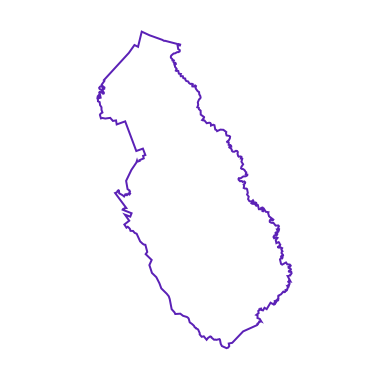 the district of Manawatu District, Manawatu-Wanganui, New Zealand, rotated 111°
{"feature_id": "76426892B10896556014", "entity_name": "Manawatu District", "entity_type": "district", "adm_level": 2, "iso_a3": "NZL", "parent_name": "New Zealand", "parent_adm1": "Manawatu-Wanganui", "projection": "mercator", "projection_center": [175.693, -40.12], "detail": "fine", "context": "isolated", "style": "outline", "palette": "violet", "viewbox_px": 384, "rotation_deg": 111, "n_neighbors": 0, "source": "geoboundaries", "source_scale": "gbopen_adm2", "svg_char_len": 5949}
<svg xmlns="http://www.w3.org/2000/svg" viewBox="0 0 384 384"><g transform="rotate(111 192 192)"><path d="M322.5,102.0L320.3,103.4L318.4,100.4L303.8,94.3L293.0,83.6L292.2,83.7L291.9,83.2L291.3,83.6L289.6,82.5L289.0,82.8L288.7,82.1L287.8,82.1L287.9,81.1L286.2,83.3L286.2,85.7L283.7,86.6L283.7,87.9L281.2,86.4L279.3,87.5L278.0,86.7L277.5,87.0L277.1,86.1L276.5,86.4L276.2,85.9L276.7,85.8L276.7,85.3L277.3,84.9L277.1,83.3L274.1,82.8L274.6,80.3L267.2,79.0L267.8,75.2L267.2,74.6L266.4,75.4L265.8,74.8L265.8,74.3L265.2,74.1L264.9,75.2L264.2,75.7L263.3,74.7L263.5,73.9L262.5,73.0L262.1,73.7L261.2,73.0L260.7,73.1L260.8,73.5L260.2,73.3L259.0,74.0L258.4,73.8L257.8,74.2L255.6,72.2L252.3,71.1L252.0,70.5L252.4,69.9L252.1,69.4L250.8,69.2L250.7,68.8L249.7,68.2L249.2,68.2L249.2,68.7L248.8,68.3L246.9,68.2L246.6,68.5L246.3,68.2L246.0,68.6L246.0,68.2L245.5,68.1L245.2,68.8L244.7,68.1L244.1,68.5L243.8,68.0L242.7,68.0L241.8,68.7L241.8,69.4L241.2,70.0L240.9,69.8L241.1,68.9L240.2,69.4L240.1,68.1L236.2,72.6L235.8,71.7L234.7,70.9L234.6,70.4L233.7,70.6L233.2,70.1L232.2,69.9L231.0,70.7L231.7,72.7L231.3,73.2L230.6,73.1L229.6,72.1L228.7,72.0L228.1,73.0L228.2,74.6L227.4,75.1L225.8,73.5L225.3,73.5L224.7,74.7L225.4,77.1L224.1,79.0L227.5,81.8L227.2,83.1L223.4,85.7L222.3,85.4L221.7,84.0L220.9,84.0L220.4,85.7L220.0,85.7L219.3,85.3L219.1,84.3L218.6,84.2L218.1,84.5L217.0,86.5L216.1,86.8L214.9,86.3L213.8,87.9L212.1,87.7L212.0,88.5L212.4,88.8L211.7,90.3L212.8,90.8L212.8,91.9L212.4,92.1L210.4,90.7L209.4,90.8L209.2,91.5L207.9,92.6L207.8,93.3L209.5,94.9L206.9,96.6L204.2,95.7L204.1,97.0L205.7,98.8L204.8,99.8L203.0,99.5L201.9,97.4L200.9,97.2L200.5,97.4L201.0,98.9L200.2,99.4L199.6,99.1L198.2,97.2L197.7,97.2L197.4,98.4L196.5,99.3L196.1,98.5L196.9,97.6L196.4,97.2L195.4,97.4L195.1,98.7L192.8,98.6L192.3,99.4L193.4,101.9L191.7,104.8L192.3,106.9L192.1,108.6L191.2,109.1L189.9,109.0L189.4,108.6L189.7,107.1L189.5,106.4L188.6,106.2L187.1,111.3L184.4,113.4L183.5,113.4L184.0,116.1L182.3,118.3L184.5,118.7L184.6,119.4L183.0,120.4L181.7,119.4L181.2,120.5L182.0,121.7L183.6,122.0L184.1,123.4L180.6,125.8L180.7,126.5L181.8,127.1L181.5,127.8L181.1,128.2L179.7,127.7L179.1,128.2L179.1,129.0L180.8,129.6L181.4,131.5L181.2,132.5L180.5,132.3L179.9,131.0L178.7,131.1L177.9,132.1L179.3,132.8L180.0,134.7L179.9,135.3L178.5,137.1L176.0,137.4L174.6,139.7L172.8,139.6L169.6,141.6L169.3,142.4L169.8,143.8L169.7,145.2L167.4,145.6L166.5,146.5L165.0,145.6L163.9,145.8L163.4,147.0L164.5,148.3L163.9,149.4L164.7,151.0L163.9,152.8L163.1,153.3L162.3,153.2L161.8,151.5L159.1,149.7L158.1,147.5L156.7,146.4L155.9,146.6L156.1,148.2L154.2,148.4L153.8,149.5L152.9,150.5L152.3,152.2L152.6,153.8L152.3,154.7L150.7,154.9L147.8,154.2L146.0,156.7L142.8,157.0L142.6,157.5L143.1,158.4L141.4,158.6L141.5,159.8L142.3,161.0L141.9,161.8L140.0,163.2L138.3,163.5L137.6,164.5L137.8,165.7L139.3,167.0L139.7,168.4L139.3,169.5L138.2,170.1L137.4,171.2L137.0,173.2L136.0,173.3L135.4,171.7L134.9,172.0L134.4,173.0L134.8,174.7L132.5,175.5L132.3,176.3L132.8,177.0L132.5,177.3L130.2,176.1L128.3,175.9L126.6,176.3L126.3,177.2L126.8,180.0L125.0,181.3L123.7,181.5L122.7,185.0L123.6,187.9L126.2,190.4L125.4,191.4L125.3,192.7L121.6,195.0L121.6,196.3L123.2,198.1L121.5,198.9L121.0,199.7L121.1,200.7L122.5,202.9L120.7,206.1L121.2,207.2L121.2,208.3L118.2,207.4L117.7,207.6L116.6,211.6L113.0,213.1L112.2,215.2L110.9,215.9L111.0,217.4L108.5,217.4L106.2,218.7L103.0,218.6L101.7,217.8L100.5,217.9L99.0,219.0L98.4,220.1L96.2,221.2L95.8,222.9L94.2,225.4L93.3,226.1L91.7,226.2L91.4,227.3L92.8,228.0L93.3,229.5L92.8,229.9L91.1,229.8L91.0,230.9L91.7,232.3L91.4,233.7L90.2,235.2L90.4,237.2L89.5,238.5L88.5,239.0L88.8,240.9L87.2,242.1L87.9,244.0L86.8,244.7L85.8,244.7L86.2,246.7L83.9,248.2L83.9,249.0L84.6,250.0L84.5,250.6L82.5,250.5L81.2,252.7L79.8,253.4L79.5,254.1L78.8,254.1L78.2,253.0L77.7,253.3L77.4,253.9L78.0,255.0L77.2,256.0L75.7,256.0L75.6,256.8L76.0,257.5L75.0,258.0L74.2,259.8L73.5,260.2L72.1,260.3L69.3,258.8L68.7,257.6L66.7,255.9L66.3,254.8L65.2,253.9L64.0,254.2L63.5,256.1L60.5,257.9L59.9,257.2L59.5,255.8L58.6,255.9L58.7,257.7L59.4,258.4L59.1,259.1L60.5,271.4L60.9,272.2L60.6,274.4L60.9,287.8L60.3,296.4L75.8,294.4L75.4,298.4L84.8,300.8L119.0,314.3L119.1,313.8L119.7,313.6L124.1,314.8L125.0,313.7L125.8,311.2L127.1,310.9L127.7,311.6L127.7,312.2L125.8,313.6L125.4,314.5L126.6,315.6L128.1,316.0L128.9,315.2L129.6,311.3L131.1,309.7L131.7,309.7L132.1,310.2L131.3,312.5L131.7,314.1L132.6,314.2L133.6,313.0L136.7,311.1L137.5,312.2L135.5,313.0L135.1,313.8L136.4,314.3L138.5,313.9L139.5,312.9L141.0,312.3L141.2,310.4L143.8,309.0L145.3,306.9L147.8,305.9L149.9,304.1L151.6,305.4L153.0,305.6L155.9,303.4L155.0,302.1L154.5,299.3L152.1,294.9L154.0,291.3L152.4,288.6L155.9,286.5L150.0,279.7L173.7,258.7L169.1,253.4L174.2,248.8L175.8,250.6L177.9,249.1L181.1,252.4L181.7,252.0L183.3,253.9L182.4,254.6L184.5,254.5L193.1,256.5L205.2,257.5L212.4,253.2L212.9,251.2L213.1,251.3L214.0,250.0L215.1,250.2L215.6,249.2L216.8,249.5L216.6,251.0L218.0,251.5L217.7,252.4L218.4,252.5L218.2,253.4L220.5,253.8L219.9,255.5L219.3,259.5L216.9,260.7L216.7,261.2L217.4,261.8L219.2,262.0L220.5,263.4L230.5,247.6L231.4,249.2L231.9,249.2L232.7,250.3L233.4,250.4L233.5,240.8L237.1,240.8L237.2,246.5L241.3,240.3L246.6,243.5L248.8,240.4L247.5,239.5L248.0,238.2L248.6,236.9L250.3,235.5L249.5,233.1L250.7,230.9L250.8,228.7L256.7,222.7L258.0,219.5L258.3,217.9L258.0,216.6L264.0,212.3L266.6,213.0L269.9,205.3L275.5,205.6L281.9,200.4L284.3,194.8L288.9,189.7L293.0,186.1L296.0,179.2L297.7,176.3L300.0,174.4L308.7,169.0L310.7,165.1L311.9,163.9L309.8,159.3L310.8,156.0L310.5,152.0L310.9,150.5L311.3,149.8L314.5,147.4L315.2,144.7L316.2,142.2L317.2,141.2L317.5,139.6L317.9,139.5L318.0,137.5L318.4,136.8L321.0,134.2L322.2,133.8L323.7,131.1L322.5,129.3L324.7,125.4L322.4,124.7L320.3,123.2L320.3,122.1L320.9,121.7L322.0,118.4L321.4,117.3L321.4,116.5L319.5,113.6L320.0,112.9L323.4,110.8L325.1,108.9L325.4,103.8L324.3,102.5L322.5,102.0Z" fill="none" stroke="#5b21b6" stroke-width="2"/></g></svg>